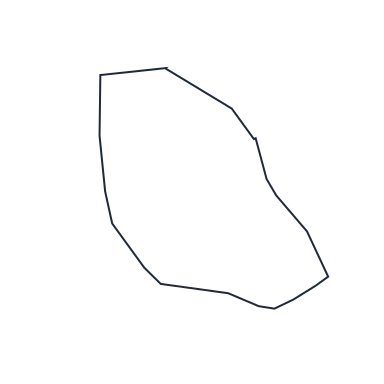 the district of Yongsan-gu, Seoul, South Korea, rotated 234°
{"feature_id": "91817680B50347392057391", "entity_name": "Yongsan-gu", "entity_type": "district", "adm_level": 2, "iso_a3": "KOR", "parent_name": "South Korea", "parent_adm1": "Seoul", "projection": "albers", "projection_center": [126.983, 37.523], "detail": "fine", "context": "isolated", "style": "outline", "palette": "slate", "viewbox_px": 384, "rotation_deg": 234, "n_neighbors": 0, "source": "geoboundaries", "source_scale": "gbopen_adm2", "svg_char_len": 422}
<svg xmlns="http://www.w3.org/2000/svg" viewBox="0 0 384 384"><g transform="rotate(234 192 192)"><path d="M307.9,243.2L340.5,186.6L291.9,150.3L243.6,122.1L213.4,108.9L158.7,108.9L136.0,112.7L88.8,161.8L60.5,178.8L50.1,189.2L49.2,190.1L45.4,210.9L43.5,237.3L43.5,252.4L92.6,261.9L139.8,258.1L158.7,260.0L198.1,275.1L198.4,273.2L236.1,273.2L307.9,243.0L307.9,243.2Z" fill="none" stroke="#1e293b" stroke-width="2"/></g></svg>